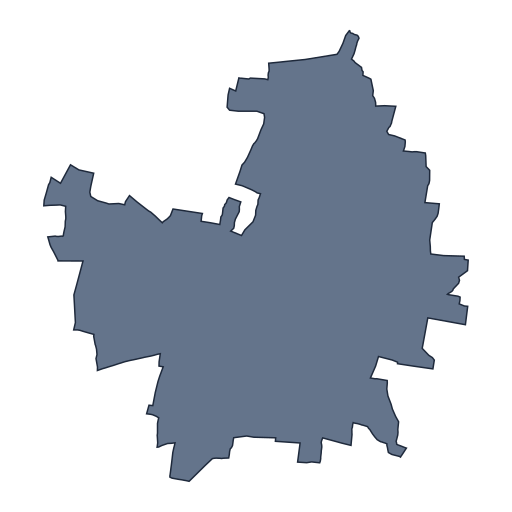 the district of Maní, Yucatán, Mexico
{"feature_id": "50627088B1882367012373", "entity_name": "Maní", "entity_type": "district", "adm_level": 2, "iso_a3": "MEX", "parent_name": "Mexico", "parent_adm1": "Yucatán", "projection": "orthographic", "projection_center": [-89.371, 20.39], "detail": "fine", "context": "isolated", "style": "filled", "palette": "slate", "viewbox_px": 512, "rotation_deg": 0, "n_neighbors": 0, "source": "geoboundaries", "source_scale": "gbopen_adm2", "svg_char_len": 5767}
<svg xmlns="http://www.w3.org/2000/svg" viewBox="0 0 512 512"><path d="M97.4,370.5L102.8,368.6L105.3,367.9L108.1,367.0L110.7,366.2L113.4,365.4L116.1,364.5L118.8,363.6L121.5,362.8L122.9,362.3L125.6,361.5L127.0,361.2L128.9,360.7L131.7,360.1L132.9,359.9L135.6,359.3L136.1,359.2L143.2,357.6L144.3,357.3L148.5,356.5L151.0,356.0L154.2,355.2L157.3,354.3L160.3,353.7L159.8,357.0L159.1,361.8L159.0,366.1L163.2,366.8L160.6,373.8L159.7,376.2L158.0,381.5L155.3,392.4L152.8,405.6L149.0,405.2L146.6,413.8L150.6,414.3L152.5,414.7L156.3,416.3L158.7,417.8L157.9,421.4L157.5,423.5L157.5,426.8L157.5,429.5L157.5,433.1L157.2,435.4L157.3,436.3L157.5,439.5L157.7,442.9L157.1,447.2L158.7,447.0L161.8,445.5L166.1,444.0L167.5,443.5L171.5,443.3L175.0,442.8L174.5,445.2L174.2,446.5L173.8,447.9L172.8,452.6L172.1,458.8L171.7,462.2L171.2,466.3L171.1,466.9L170.7,470.2L170.0,475.4L169.9,475.6L169.9,477.1L171.9,478.1L172.3,478.2L178.9,479.4L181.8,479.8L184.3,480.3L185.4,480.5L185.6,480.5L187.4,480.9L189.1,481.3L205.1,465.5L212.4,458.6L214.1,458.3L215.1,458.2L216.3,458.1L217.9,458.2L220.4,458.3L221.3,458.5L223.6,458.2L228.7,458.0L229.3,454.5L229.6,451.6L230.2,448.9L231.4,447.7L232.5,445.6L232.9,442.9L233.2,440.4L233.7,437.7L246.7,436.0L253.7,437.2L275.7,437.8L275.4,441.3L297.4,442.8L300.1,443.0L297.6,462.1L306.7,462.7L311.6,461.9L319.7,462.8L320.3,461.1L320.7,458.7L320.7,457.0L320.9,455.3L321.1,453.7L321.2,452.5L321.3,450.5L321.5,449.4L321.8,447.0L321.7,445.1L321.2,442.6L321.5,441.0L322.0,439.7L322.4,438.5L322.7,437.9L337.4,441.9L341.7,443.1L351.0,445.4L352.0,434.6L351.9,432.5L351.9,431.1L351.8,428.9L352.4,427.2L352.5,426.1L352.7,424.4L353.2,422.6L353.8,422.9L356.0,423.4L357.1,423.5L359.3,424.1L360.4,424.4L361.5,424.9L362.6,425.1L363.7,425.4L365.0,425.8L367.5,426.6L368.0,427.3L368.6,428.4L369.8,429.5L371.4,432.1L372.6,434.0L373.6,435.3L374.7,436.8L376.6,439.0L377.2,439.7L378.6,440.5L379.3,441.0L380.9,441.8L382.0,442.0L383.2,442.5L384.9,443.0L386.1,443.5L386.9,443.8L386.9,445.4L387.4,447.4L387.6,448.4L387.8,449.7L388.4,452.5L389.8,453.3L391.7,454.4L393.9,455.0L396.3,455.6L399.4,456.4L400.5,457.1L401.0,456.2L401.8,455.1L403.0,453.3L404.7,450.7L405.4,449.6L406.4,448.1L404.7,447.5L401.2,446.1L397.7,444.8L396.7,444.3L396.6,443.1L396.4,442.3L396.1,441.3L396.3,440.6L396.7,439.2L397.3,436.8L397.7,435.3L397.8,434.5L398.0,432.2L397.8,429.5L398.6,421.8L395.6,416.4L392.4,409.1L391.1,404.3L387.9,395.9L386.8,389.0L387.3,383.0L387.2,380.5L376.6,378.7L375.2,378.8L370.4,378.0L375.6,366.1L378.5,356.5L392.1,360.0L397.6,362.2L397.5,363.7L413.3,366.1L432.9,368.9L434.3,360.1L432.4,357.6L428.8,355.3L422.7,348.9L422.2,348.3L422.8,345.2L427.8,317.9L465.4,324.7L467.7,306.3L464.4,306.0L459.2,303.9L459.9,300.7L460.1,297.1L458.0,296.2L448.6,294.7L447.4,294.3L448.3,293.5L449.9,292.6L451.7,291.5L452.8,290.3L453.3,288.9L454.6,287.5L458.6,283.3L459.5,280.3L458.6,277.2L467.5,270.7L468.2,260.1L464.4,259.4L464.2,256.2L443.6,255.6L430.8,254.0L430.4,250.9L430.3,246.6L429.7,240.0L432.3,222.6L435.0,219.3L437.1,216.3L438.1,213.3L438.8,208.2L439.3,203.8L435.5,203.5L424.9,202.6L427.7,185.6L428.5,184.5L429.0,183.4L429.6,180.5L429.7,170.3L426.1,166.6L425.7,155.6L425.3,153.0L420.0,152.2L416.7,151.7L414.1,151.7L412.2,151.9L408.9,151.5L403.4,151.0L404.9,146.5L405.3,141.9L405.1,140.0L394.6,135.9L388.6,134.5L386.8,131.3L388.9,127.4L390.0,126.5L390.8,124.6L391.5,123.1L391.8,121.3L395.8,106.3L384.6,105.7L375.7,106.1L375.7,104.7L375.6,102.4L374.5,98.4L372.7,95.6L373.3,90.7L370.9,79.2L369.5,78.4L367.8,77.6L362.9,75.4L363.1,71.8L362.0,70.4L361.5,67.4L355.1,62.6L353.7,60.8L352.3,59.8L351.5,59.1L354.0,53.8L355.1,50.1L355.9,46.9L356.6,44.8L356.9,43.1L357.7,40.8L358.6,39.1L359.0,38.2L358.5,36.9L358.1,36.1L357.0,35.1L355.6,34.8L354.4,34.5L353.2,33.8L352.7,33.4L352.1,33.3L351.5,33.2L350.9,33.0L350.5,32.7L350.0,31.9L349.9,31.7L349.9,31.0L349.3,30.7L345.7,35.5L342.9,43.4L339.1,51.4L337.0,54.3L305.1,59.5L285.3,61.5L279.8,62.1L268.7,63.2L269.1,69.2L269.1,71.2L268.4,72.7L268.1,75.1L268.3,77.4L267.8,79.7L264.8,78.9L261.4,78.7L250.3,78.1L248.8,79.0L241.2,78.2L240.1,78.2L238.9,77.9L235.7,91.0L229.6,88.3L228.1,94.9L227.1,107.2L229.6,110.2L238.4,111.2L256.8,111.2L264.0,113.7L264.6,117.4L263.7,123.9L261.0,129.7L257.6,138.7L256.3,140.9L254.6,143.1L253.9,143.6L252.5,145.9L250.9,149.8L247.5,157.3L244.6,162.2L242.0,165.0L240.0,171.4L235.5,184.1L242.1,185.7L251.7,189.8L255.4,191.7L257.1,192.9L260.5,193.7L259.3,197.4L258.1,200.0L257.9,204.4L257.0,206.4L255.8,210.4L255.6,215.2L253.0,221.8L244.9,229.8L241.5,235.5L230.7,231.1L233.7,228.3L234.3,225.7L234.4,222.6L235.4,219.1L237.7,214.6L239.2,211.7L239.4,209.4L239.3,206.6L240.8,201.9L234.1,199.5L229.0,197.5L227.2,199.9L226.3,202.8L224.7,204.6L224.4,206.3L223.1,208.0L222.4,214.3L222.0,215.4L220.9,216.9L220.5,220.2L219.8,224.5L210.1,222.7L201.1,221.3L201.7,215.7L202.4,213.5L173.0,209.0L170.4,215.7L168.6,217.6L167.0,219.1L163.2,221.7L162.3,222.8L159.1,219.8L155.3,216.1L150.8,212.2L148.4,210.8L145.8,208.8L139.9,204.2L137.2,202.1L129.5,195.6L125.5,201.6L124.7,204.8L118.8,203.5L108.9,204.0L106.3,203.1L97.6,200.7L90.8,196.5L89.8,192.2L90.8,186.3L93.7,173.2L78.9,169.9L70.5,164.8L60.5,183.3L51.2,177.3L49.8,182.7L48.6,184.6L46.2,193.3L44.2,200.1L43.8,205.8L49.8,205.3L56.2,205.1L60.2,204.9L65.7,206.3L65.4,211.6L65.8,216.7L65.8,218.8L65.3,221.2L65.2,224.6L65.1,226.9L64.0,231.6L63.6,233.6L63.4,234.7L63.4,235.4L63.0,236.1L62.7,236.3L62.1,236.1L60.7,236.2L59.1,236.4L58.2,236.5L56.5,236.4L55.2,236.1L47.8,236.9L48.6,239.6L50.0,244.6L51.1,247.3L53.6,251.7L57.9,260.2L58.0,260.9L83.0,261.0L79.1,275.7L76.4,285.8L73.9,294.9L74.4,303.9L75.4,322.6L73.7,329.9L77.4,329.9L79.9,330.3L83.0,331.3L88.5,332.9L93.9,334.4L93.7,336.4L95.2,344.6L95.6,345.5L96.5,349.1L97.0,354.5L96.0,358.6L97.5,367.0L97.4,370.5Z" fill="#64748b" stroke="#1e293b" stroke-width="1.5"/></svg>